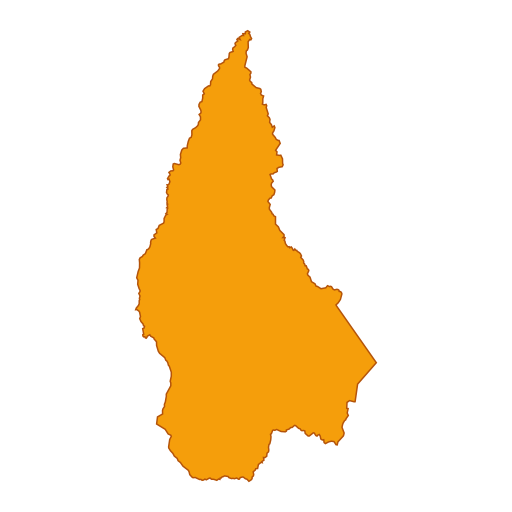 Campinápolis, Mato Grosso, Brazil
{"feature_id": "56859067B49956059749478", "entity_name": "Campinápolis", "entity_type": "district", "adm_level": 2, "iso_a3": "BRA", "parent_name": "Brazil", "parent_adm1": "Mato Grosso", "projection": "natural_earth1", "projection_center": [-53.146, -14.256], "detail": "fine", "context": "isolated", "style": "filled", "palette": "amber", "viewbox_px": 512, "rotation_deg": 0, "n_neighbors": 0, "source": "geoboundaries", "source_scale": "gbopen_adm2", "svg_char_len": 6055}
<svg xmlns="http://www.w3.org/2000/svg" viewBox="0 0 512 512"><path d="M249.8,32.1L247.7,30.7L245.3,32.0L245.3,33.7L242.9,33.7L243.5,35.5L242.2,35.4L239.1,37.4L240.1,39.5L237.6,38.5L236.9,39.6L237.8,41.0L235.4,42.7L235.0,43.8L235.8,45.3L234.6,46.8L233.0,47.9L232.6,49.2L233.2,51.4L230.0,52.5L229.3,53.4L228.9,57.4L228.4,58.7L225.0,59.8L224.3,60.5L223.9,62.1L220.6,64.0L219.1,64.1L218.4,64.9L218.6,66.0L219.5,67.1L219.5,68.6L217.7,71.0L213.4,74.3L212.7,76.3L212.5,78.9L210.7,81.5L210.5,84.8L209.8,85.9L208.5,85.9L204.6,88.6L203.0,91.2L204.3,93.8L202.7,95.0L202.7,98.1L201.9,101.6L200.2,102.2L199.0,104.4L198.9,106.4L200.8,110.2L201.1,112.0L200.8,113.1L199.1,114.5L200.5,116.8L200.5,119.9L198.5,122.4L198.3,124.5L197.6,125.8L195.7,127.6L192.6,129.4L191.8,130.7L191.9,134.8L191.2,137.3L189.5,138.2L188.3,141.3L187.3,145.6L187.2,147.9L183.4,148.3L181.8,150.0L180.4,154.5L180.7,157.7L180.0,160.2L180.8,163.0L180.2,164.2L178.9,164.7L174.3,163.5L173.2,164.0L172.8,166.8L173.6,170.0L172.9,170.8L170.9,170.9L168.9,172.4L170.1,174.5L169.9,175.5L169.1,175.9L167.5,178.6L168.0,179.6L169.1,179.2L169.9,181.7L169.1,183.9L168.1,184.8L167.1,184.8L167.8,186.4L166.9,187.4L167.8,187.8L167.8,189.3L166.9,189.4L166.5,192.5L167.3,194.1L168.3,194.9L168.0,196.3L167.0,197.6L166.8,199.3L167.2,201.9L166.9,203.1L167.7,204.1L167.0,204.8L167.5,205.8L167.5,206.9L166.7,207.8L167.7,208.2L167.2,209.4L167.0,212.4L165.9,213.6L167.1,214.3L165.9,214.9L164.1,218.5L164.1,221.6L163.6,223.1L159.2,225.4L158.0,228.5L156.2,229.5L156.8,232.9L154.0,234.9L154.0,236.4L155.4,238.1L151.9,239.3L151.1,240.1L150.6,242.3L150.7,243.7L149.9,246.8L149.1,248.2L148.1,249.3L146.9,249.7L145.3,253.7L143.2,255.1L142.4,256.5L140.1,257.8L139.3,259.5L139.6,262.9L139.5,268.0L138.2,271.4L136.7,277.8L138.0,280.3L137.7,284.3L139.1,288.6L140.1,290.5L140.0,291.6L138.8,293.4L140.0,296.0L139.4,298.4L139.7,299.6L139.2,300.7L139.2,303.7L138.4,305.5L136.3,308.0L135.7,309.7L136.9,309.6L138.9,311.1L139.6,312.2L140.5,316.6L139.7,318.6L141.0,321.6L143.0,323.9L143.5,325.6L144.5,326.3L144.1,328.0L142.7,328.6L143.7,334.3L142.8,334.7L142.9,336.0L143.7,336.9L144.8,336.7L145.4,337.9L146.2,338.2L146.9,337.4L147.3,336.2L149.8,334.8L150.7,336.2L153.8,337.9L154.1,339.0L156.5,341.8L156.6,345.5L158.3,351.2L159.6,353.3L164.8,357.7L165.8,360.2L166.8,361.0L167.8,362.7L168.4,365.2L169.3,366.2L171.3,372.2L171.3,376.2L170.2,381.3L170.8,383.0L170.8,385.8L166.3,394.1L166.3,396.5L165.3,402.1L164.4,404.3L164.5,406.6L163.0,408.8L162.5,410.5L162.6,414.0L157.5,416.9L156.6,424.0L165.2,429.3L168.2,434.0L170.8,435.2L171.3,436.4L169.7,439.5L168.6,447.0L168.8,448.1L170.4,450.7L172.9,453.4L174.3,456.1L177.2,458.4L178.1,460.7L180.4,462.5L183.0,466.2L188.1,470.1L189.0,471.5L189.8,474.7L192.1,477.2L193.0,477.7L195.3,477.5L199.6,479.5L200.9,479.4L202.1,480.3L203.6,480.0L204.9,479.1L206.3,479.8L209.4,478.1L210.5,478.2L211.3,479.2L213.7,479.3L216.8,480.3L218.6,479.0L219.9,479.4L220.2,478.0L221.3,477.9L222.2,476.8L223.4,476.6L224.5,475.9L228.1,476.5L229.0,477.7L231.7,478.6L232.9,478.3L234.4,478.7L236.7,478.0L238.5,479.2L239.4,479.1L240.2,477.6L242.4,477.0L243.5,477.2L245.3,478.7L247.1,479.3L248.9,481.3L249.7,480.8L251.5,479.6L252.1,478.5L252.1,477.1L253.4,475.9L253.7,474.6L253.2,471.8L255.2,470.1L255.7,468.7L257.6,468.5L258.4,464.5L261.2,462.3L262.2,462.6L261.9,461.5L263.9,460.2L263.5,457.5L264.7,457.7L266.7,456.3L267.0,453.2L268.5,451.8L268.8,450.1L268.5,447.2L269.0,444.4L269.8,443.8L270.7,440.0L271.0,436.8L270.5,434.3L271.4,433.7L272.6,430.4L273.6,430.0L274.8,430.3L276.7,429.5L281.1,431.5L285.3,431.8L286.4,431.1L286.4,430.0L289.2,429.0L290.6,427.6L292.2,427.4L294.5,425.4L295.6,425.6L298.7,428.4L300.1,428.8L300.9,430.1L301.9,430.7L303.6,430.5L304.8,430.9L305.2,433.4L308.1,436.0L309.3,436.0L313.3,432.8L314.3,433.1L315.8,435.5L317.0,436.1L318.0,435.0L319.3,434.5L320.2,436.1L320.8,439.0L322.3,440.0L323.7,439.7L324.1,442.6L325.4,443.6L328.6,441.9L331.5,441.2L334.0,441.6L336.0,444.7L337.2,444.9L337.9,441.9L343.3,436.0L343.7,435.0L344.1,433.0L342.0,427.3L342.4,425.4L342.9,423.5L344.5,420.7L345.7,419.8L346.1,418.6L348.3,415.5L347.2,413.0L348.1,408.6L346.7,408.4L347.0,402.4L349.6,400.6L354.2,401.8L355.1,401.7L357.6,384.1L376.3,362.7L336.5,305.9L336.0,304.9L338.1,302.9L340.4,299.5L341.9,293.9L341.5,292.7L340.7,291.7L339.2,291.4L339.0,290.3L338.1,289.6L336.9,289.3L334.4,289.9L333.0,289.1L331.5,286.7L330.6,286.3L329.6,286.6L327.5,285.7L325.8,287.8L321.0,288.7L317.4,286.4L316.1,286.2L315.0,283.8L311.5,281.7L310.0,277.1L307.9,275.2L307.4,273.8L308.8,270.7L308.4,269.4L307.4,269.0L306.2,265.8L305.1,265.8L304.7,264.1L303.7,263.1L303.7,261.4L303.1,259.9L300.7,257.3L301.5,256.0L300.5,253.9L299.5,252.7L297.2,251.3L296.8,250.4L295.7,250.2L294.8,249.0L293.8,250.4L293.0,250.0L292.4,248.4L291.2,246.9L289.6,247.7L289.2,246.7L287.9,246.8L286.7,245.5L285.4,243.5L284.9,241.1L284.2,240.4L285.0,237.7L282.9,237.6L284.1,236.3L284.0,234.6L279.8,230.4L278.4,226.9L275.5,224.1L275.5,216.7L273.8,215.8L273.0,214.2L272.0,213.7L271.8,212.5L269.4,209.2L269.3,207.7L270.2,204.4L267.9,201.5L268.3,200.1L269.9,198.2L271.2,198.0L272.2,195.8L273.9,194.7L274.7,192.1L274.9,190.0L271.5,186.6L271.2,184.7L271.6,183.1L273.2,181.3L272.6,179.8L271.6,179.0L270.0,174.5L270.9,174.0L273.1,173.9L274.3,172.7L276.2,172.1L277.3,171.4L277.0,168.5L278.9,167.3L282.2,166.7L283.1,164.8L282.6,163.3L282.5,158.8L280.8,155.2L279.4,155.4L276.6,154.9L277.0,151.8L275.6,150.3L280.2,143.4L279.1,140.5L277.8,140.3L276.1,139.2L275.3,137.5L272.6,134.3L272.6,132.9L273.9,130.9L274.9,127.6L274.2,125.9L272.3,127.3L271.4,124.6L269.6,122.4L270.0,119.4L269.3,117.7L267.4,115.8L268.2,113.9L266.2,107.5L266.7,105.7L266.1,104.4L264.2,104.9L262.4,104.1L262.8,102.4L262.8,98.8L263.6,96.0L261.4,95.1L260.5,93.4L261.3,91.7L260.8,89.3L259.8,88.5L256.1,87.6L251.9,84.0L251.7,82.5L250.3,81.4L249.6,80.1L250.5,77.1L249.9,74.5L250.9,73.1L250.9,71.8L246.7,68.1L244.9,67.3L244.8,65.9L247.1,56.8L246.0,53.1L246.4,50.7L247.4,50.1L248.3,47.6L248.1,41.8L249.7,39.5L250.8,39.9L251.6,38.6L250.5,36.7L249.8,34.3L248.7,33.4L249.8,32.1Z" fill="#f59e0b" stroke="#b45309" stroke-width="1.5"/></svg>